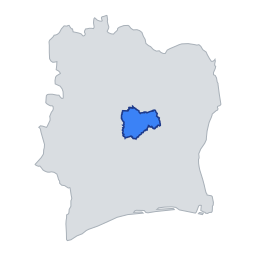 location of Gbeke, Vallée du Bandama, Ivory Coast
{"feature_id": "98640826B94469137469464", "entity_name": "Gbeke", "entity_type": "district", "adm_level": 2, "iso_a3": "CIV", "parent_name": "Ivory Coast", "parent_adm1": "Vallée du Bandama", "projection": "natural_earth1", "projection_center": [-5.149, 7.692], "detail": "fine", "context": "in_parent", "style": "filled", "palette": "blue", "viewbox_px": 256, "rotation_deg": 0, "n_neighbors": 0, "source": "geoboundaries", "source_scale": "gbopen_adm2", "svg_char_len": 8045}
<svg xmlns="http://www.w3.org/2000/svg" viewBox="0 0 256 256"><path d="M54.1,35.2L55.0,35.2L57.3,34.4L59.4,32.6L61.4,28.9L64.1,25.9L67.1,26.1L68.0,25.5L69.1,25.4L70.3,27.4L71.6,28.9L72.5,28.9L73.1,31.8L78.6,33.0L81.0,33.8L83.0,35.9L83.6,35.9L84.5,35.5L85.1,34.7L85.3,33.9L84.4,32.1L84.8,30.4L85.7,28.9L87.1,28.8L89.2,28.3L91.7,28.3L93.5,28.6L94.2,27.1L93.5,22.9L93.7,20.5L94.0,18.6L94.7,17.8L97.4,20.2L99.9,21.1L101.7,21.2L102.2,20.7L101.4,18.0L101.6,17.2L102.3,16.7L103.5,16.5L106.6,15.4L107.0,15.6L107.6,19.8L107.3,21.2L107.9,24.1L108.8,26.8L108.7,27.9L108.0,29.6L107.2,31.1L107.3,31.7L108.6,32.8L111.0,33.8L113.5,34.1L114.9,32.5L116.4,31.2L117.4,30.1L117.7,28.4L119.3,27.2L123.8,25.6L128.0,25.4L129.0,25.9L130.9,28.3L133.3,29.9L137.0,29.7L139.6,30.6L141.9,32.4L143.4,36.4L145.1,39.3L145.9,43.4L148.5,45.6L150.6,46.6L153.4,49.6L156.3,51.1L159.3,50.8L160.7,52.3L163.0,53.4L165.2,53.5L167.2,50.1L169.8,48.7L176.4,45.9L179.1,44.7L181.7,43.9L188.1,43.6L194.0,44.5L196.9,45.1L198.9,44.7L200.8,46.3L202.8,49.7L204.4,50.8L206.1,52.0L207.3,54.7L208.8,57.4L209.5,58.6L211.3,61.3L212.9,61.3L214.4,60.2L215.0,59.3L215.3,61.1L214.7,63.9L214.8,65.7L215.7,66.3L215.2,68.6L213.5,72.5L213.5,74.7L215.2,75.5L216.5,77.9L217.2,82.0L218.0,83.4L218.0,84.2L219.3,94.3L220.9,104.3L219.9,105.6L218.5,106.0L217.6,106.5L217.4,107.4L218.0,108.8L217.6,110.0L215.9,110.9L212.2,114.1L212.0,115.4L211.0,118.1L210.2,119.8L209.0,122.8L207.1,131.0L206.4,137.7L206.3,139.8L205.6,141.3L204.7,143.3L200.7,149.1L198.7,153.9L199.0,155.9L199.1,158.0L198.5,159.5L198.6,163.5L199.1,166.8L199.8,170.1L202.7,179.4L204.2,185.0L205.2,189.5L206.0,192.6L206.8,193.8L207.1,195.0L211.4,195.8L212.2,196.5L213.4,202.4L213.2,205.1L212.4,206.1L212.4,208.4L212.2,211.2L211.6,212.3L209.2,212.5L207.5,213.5L205.4,213.1L205.2,212.4L204.0,212.1L200.8,210.5L201.3,205.4L199.8,205.2L198.7,205.9L196.4,212.0L195.3,213.1L179.4,209.9L175.9,207.4L171.8,206.8L164.6,207.1L158.6,207.8L156.9,209.4L171.9,208.5L173.6,208.7L174.3,209.6L155.3,211.6L148.0,212.8L145.9,212.5L144.2,210.5L136.3,210.3L134.7,210.9L133.7,212.4L136.8,212.1L141.8,212.0L143.1,213.1L127.7,214.6L117.1,217.3L112.6,219.4L97.7,226.1L88.7,229.3L86.3,230.5L82.2,233.8L76.9,235.9L70.9,239.8L67.3,240.6L66.5,239.4L66.4,232.8L65.9,224.0L66.1,220.7L66.6,217.5L66.6,214.9L68.4,213.9L68.9,212.8L69.2,209.4L70.9,206.3L70.9,200.8L71.4,199.7L71.8,198.3L71.1,194.7L70.1,188.0L69.7,187.6L69.3,187.8L68.3,188.0L64.6,185.6L61.7,185.2L59.7,183.3L59.6,181.0L58.6,179.7L57.9,177.1L56.9,174.1L54.1,172.3L51.4,171.8L49.5,172.2L47.3,172.1L44.8,171.1L43.0,170.0L41.4,167.8L39.8,166.0L38.6,166.3L37.1,165.8L35.6,165.0L35.1,164.4L41.3,157.5L43.4,154.1L43.6,152.0L43.7,149.9L44.3,147.7L44.5,144.4L41.1,132.5L40.3,128.8L39.4,127.7L38.8,127.3L40.5,125.8L42.9,126.2L46.5,127.4L47.3,126.2L50.1,120.2L50.0,117.9L49.7,116.4L51.4,112.2L52.7,110.6L53.3,108.9L53.1,106.6L52.1,105.7L50.9,105.9L49.3,105.3L47.0,103.9L45.8,102.7L46.2,97.3L46.4,95.6L47.3,94.6L48.5,94.3L52.2,94.2L55.1,94.8L57.6,95.2L59.0,95.2L60.1,96.8L61.6,98.4L62.9,98.4L63.3,97.2L63.1,91.8L62.2,89.0L60.2,86.2L55.2,83.9L55.0,80.6L55.6,77.1L56.7,75.7L60.4,73.5L59.8,72.3L58.6,71.0L56.2,69.7L56.7,65.4L56.9,61.6L54.8,62.1L52.8,62.3L51.0,61.1L49.6,58.8L49.3,52.5L49.3,45.2L49.0,41.9L49.6,40.2L51.4,38.6L53.4,36.5L54.1,35.2ZM203.3,213.2L202.5,214.6L198.4,213.7L199.4,212.5L203.3,213.2Z" fill="#d9dde1" stroke="#a8b0b8" stroke-width="1"/><path d="M155.2,128.3L155.4,128.1L155.5,127.9L155.4,127.8L155.3,127.7L155.4,127.4L155.7,127.2L155.8,127.2L156.0,127.2L156.3,127.0L156.5,126.9L156.6,127.0L156.9,126.8L157.0,126.8L156.9,126.6L157.2,126.5L157.1,126.3L157.2,126.2L157.3,125.8L157.6,125.6L157.8,125.5L157.8,125.4L158.0,125.2L158.4,125.2L158.5,125.2L159.0,125.3L159.2,125.5L159.4,125.7L159.6,125.7L159.7,125.8L159.9,125.5L160.0,125.5L160.3,125.4L160.3,123.9L160.2,123.6L160.0,123.3L160.0,123.0L159.9,122.3L159.8,122.1L159.9,121.9L159.8,121.5L159.8,121.2L159.7,121.0L159.6,120.7L159.3,120.1L159.2,120.0L159.1,119.8L159.1,119.7L159.0,119.3L159.0,119.1L159.1,118.7L159.3,118.0L159.2,117.9L159.1,118.0L158.9,118.1L158.7,117.9L158.2,117.9L158.1,118.1L158.1,117.8L158.1,117.7L158.2,117.4L158.3,117.3L158.2,117.2L157.9,117.0L157.7,117.0L157.5,116.9L157.4,116.8L157.3,116.7L157.2,116.5L157.0,116.4L156.9,115.9L156.7,115.9L157.2,113.4L156.6,112.9L156.4,112.7L156.2,112.5L155.9,111.8L155.3,110.4L154.9,110.2L154.7,110.1L154.2,110.2L153.5,110.2L152.7,110.5L152.8,110.6L152.9,111.1L152.7,111.1L151.7,111.2L150.5,111.4L150.2,111.5L146.9,112.8L146.5,112.5L146.3,112.2L145.9,112.1L145.0,112.0L144.8,112.4L144.7,112.2L144.4,112.2L144.1,112.1L143.9,112.1L143.6,112.4L143.5,112.6L143.3,112.6L143.0,112.8L142.4,112.7L142.1,112.8L141.5,112.8L141.2,112.9L140.9,112.9L140.7,113.0L140.5,113.4L140.3,113.5L139.0,111.9L138.9,110.8L138.2,110.5L137.2,109.8L136.7,109.6L136.4,109.7L136.2,109.5L136.2,109.3L135.8,108.9L135.8,108.7L135.7,108.7L135.5,108.4L135.4,108.4L135.2,108.4L134.5,108.0L134.4,107.8L134.0,108.0L133.8,108.0L133.7,108.0L133.7,107.9L133.5,107.5L133.3,107.3L133.0,106.9L133.1,106.7L132.9,106.4L132.6,106.2L132.6,106.4L132.8,106.7L132.9,106.9L132.8,107.2L132.8,107.4L132.8,108.0L132.7,108.1L132.4,108.1L132.2,107.9L132.0,108.1L131.7,107.8L131.3,107.6L131.1,107.6L131.0,107.8L130.9,107.9L130.7,107.9L130.4,107.5L130.3,107.4L130.2,107.4L130.1,107.7L129.9,107.8L129.7,107.7L129.5,107.8L129.4,107.4L129.0,107.4L128.9,107.5L129.1,107.8L129.2,108.2L129.1,108.3L129.3,108.7L129.2,108.8L128.9,108.8L128.9,109.1L129.0,109.2L128.9,109.4L128.6,109.5L128.4,109.6L128.4,109.8L128.3,110.2L128.3,110.3L128.2,110.3L127.9,110.2L127.9,110.3L128.1,110.4L128.1,110.6L127.7,110.6L127.6,110.9L122.7,110.7L122.6,110.8L122.5,111.0L122.5,111.3L122.5,111.6L122.5,111.8L122.5,112.2L122.3,112.3L122.1,112.5L122.2,113.1L122.1,113.4L122.1,113.7L122.1,113.8L122.1,114.0L121.9,114.0L121.9,114.3L121.7,114.5L121.5,115.4L121.5,115.5L121.6,116.2L121.5,116.5L121.5,116.9L121.4,117.2L121.5,117.6L121.6,117.9L121.7,118.0L121.8,118.3L121.7,118.4L121.5,118.6L122.2,119.7L122.5,120.5L123.8,122.1L124.0,122.2L124.0,122.3L123.8,123.7L124.0,124.7L123.4,125.1L122.9,125.2L123.5,125.8L124.0,126.8L123.7,127.7L122.8,127.8L122.9,128.1L123.3,128.3L123.3,128.5L123.2,128.6L123.3,128.8L123.2,129.0L122.8,129.2L122.6,129.4L122.5,129.7L122.6,130.1L122.5,130.3L122.9,130.5L123.1,130.7L123.1,130.8L123.1,131.0L123.1,131.4L122.9,131.9L122.8,132.3L122.6,132.5L122.7,133.0L122.7,133.5L122.9,134.0L123.1,134.1L123.3,134.2L123.6,134.1L123.8,134.2L123.9,134.3L123.9,134.5L123.7,134.9L123.7,135.0L123.4,135.2L123.0,135.4L123.0,135.5L123.1,135.8L123.6,136.3L124.4,136.6L124.7,136.8L125.0,137.2L125.1,137.4L125.0,137.7L125.0,137.9L125.1,138.2L125.5,137.6L126.3,137.6L126.5,137.4L127.2,137.4L127.6,137.1L128.3,137.0L129.7,136.6L130.1,136.4L130.4,136.2L130.5,136.3L130.8,136.3L131.0,136.3L131.2,136.2L131.6,136.2L131.8,136.5L131.7,137.0L131.9,137.2L132.3,137.1L132.6,137.2L132.8,138.2L133.0,138.5L134.2,138.7L134.3,138.6L134.6,138.5L135.0,138.5L135.4,138.7L135.5,138.7L135.8,138.8L136.0,139.0L136.6,137.9L136.8,137.8L136.9,137.5L137.3,137.1L137.4,136.9L137.8,137.1L138.0,137.1L138.5,136.8L138.5,136.7L138.6,136.4L138.7,136.1L138.9,135.7L139.0,135.5L139.2,135.3L139.4,135.2L139.5,135.0L139.7,134.8L140.1,134.8L140.2,134.7L140.5,134.7L141.3,134.0L141.4,133.9L141.4,133.7L141.5,133.4L141.5,133.2L141.5,132.9L141.8,132.9L142.0,132.7L142.3,132.6L142.7,132.7L143.0,132.7L143.3,132.3L143.5,131.7L144.0,131.1L144.2,130.9L144.3,130.8L144.9,130.3L145.1,130.4L145.2,130.6L145.3,130.6L145.3,130.4L145.5,130.2L145.8,129.8L146.0,129.7L146.3,129.9L146.4,130.0L146.5,130.0L146.5,129.9L146.9,130.1L147.2,130.0L147.2,129.6L147.2,129.4L147.2,128.9L147.1,128.6L147.3,128.2L147.5,127.9L147.6,127.7L147.8,127.4L148.1,126.7L148.4,126.7L148.5,125.5L149.0,125.7L149.4,126.3L149.5,126.3L149.8,126.8L150.1,127.0L150.3,126.9L150.5,126.8L150.8,127.0L151.0,127.0L151.3,127.1L151.8,126.5L152.4,127.3L152.6,127.5L152.9,128.0L152.9,128.3L153.0,128.4L153.2,128.5L153.3,128.3L153.5,128.4L153.8,128.4L154.0,128.6L154.3,128.7L154.5,128.8L154.8,128.7L155.1,128.3L155.2,128.3Z" fill="#3b82f6" stroke="#1e3a8a" stroke-width="1.5"/></svg>